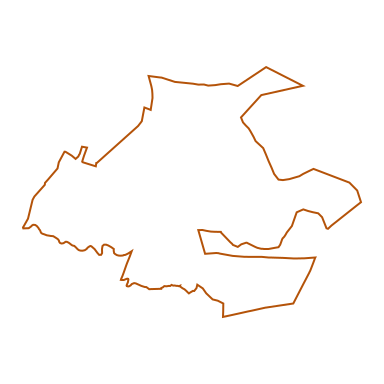 outline of San Dionisio Ocotlán, Oaxaca, Mexico
{"feature_id": "50627088B55356833838726", "entity_name": "San Dionisio Ocotlán", "entity_type": "district", "adm_level": 2, "iso_a3": "MEX", "parent_name": "Mexico", "parent_adm1": "Oaxaca", "projection": "robinson", "projection_center": [-96.667, 16.751], "detail": "fine", "context": "isolated", "style": "outline", "palette": "amber", "viewbox_px": 384, "rotation_deg": 0, "n_neighbors": 0, "source": "geoboundaries", "source_scale": "gbopen_adm2", "svg_char_len": 3754}
<svg xmlns="http://www.w3.org/2000/svg" viewBox="0 0 384 384"><path d="M293.3,303.5L303.3,284.1L305.2,280.5L309.3,272.6L309.4,272.3L310.2,270.8L312.1,265.9L313.4,262.5L315.1,257.9L315.3,257.5L304.5,258.3L294.4,258.5L283.1,257.9L273.0,257.6L270.4,257.5L268.5,257.5L262.1,256.9L260.7,256.9L253.6,256.9L249.9,256.9L246.3,256.8L244.3,256.8L232.7,255.9L219.9,253.6L218.1,253.1L217.4,253.1L216.3,253.0L205.1,253.8L198.3,230.1L202.5,230.0L206.2,230.8L210.3,231.5L211.1,231.6L215.0,231.8L220.8,231.9L220.8,232.3L230.4,242.3L232.1,243.8L232.9,244.9L237.8,246.9L241.3,244.3L246.2,242.7L247.0,242.8L247.5,243.1L255.0,246.8L256.1,247.3L257.5,247.9L258.6,248.1L260.0,248.5L261.5,248.8L262.9,248.8L263.9,249.0L268.5,249.0L275.0,247.8L278.5,247.2L280.2,244.7L281.3,241.7L281.4,241.4L282.1,239.4L282.6,238.4L283.6,237.4L284.4,236.5L285.7,234.5L286.8,232.5L291.9,226.0L296.7,212.3L303.3,209.4L308.1,211.0L312.8,212.2L318.2,213.3L322.1,217.2L326.5,228.3L328.0,228.8L331.4,225.6L356.5,205.7L361.0,202.2L357.2,190.5L349.4,182.6L313.5,168.9L308.7,171.2L303.2,173.9L299.4,176.2L294.2,177.7L289.4,179.1L282.9,180.1L278.5,179.6L274.1,173.9L271.6,167.8L268.6,161.1L265.9,154.4L263.2,148.1L259.4,144.6L255.6,141.1L253.7,137.1L250.7,131.7L248.7,128.4L245.7,125.4L243.0,122.4L241.0,117.4L261.3,95.1L302.9,85.8L266.1,67.1L254.4,74.9L237.7,86.0L229.1,83.6L220.9,84.2L215.3,85.1L208.2,85.6L203.9,84.5L198.3,84.6L193.0,83.7L174.9,81.9L161.6,77.6L159.5,77.4L148.6,76.0L151.2,85.6L151.6,87.4L152.1,90.0L152.4,93.8L152.5,98.0L151.5,104.7L150.7,109.9L148.7,109.1L144.4,107.5L141.8,121.2L138.1,126.0L96.8,163.0L96.3,163.0L95.8,166.3L93.8,165.7L82.9,162.3L82.2,161.7L82.6,160.2L84.1,155.5L87.0,147.6L82.0,146.7L79.7,154.0L79.1,154.7L78.8,155.5L78.2,156.6L75.6,158.9L71.8,155.7L67.5,153.0L65.5,151.8L64.5,151.7L60.9,158.4L58.8,162.3L57.5,168.5L47.9,179.7L45.0,182.9L44.8,184.8L34.4,196.5L32.6,199.8L28.1,218.3L28.0,218.7L23.7,226.3L23.0,227.4L23.3,228.4L25.8,228.3L28.7,228.2L30.8,226.7L32.1,225.4L33.2,224.8L34.7,224.9L35.3,225.0L36.9,226.1L37.6,227.0L37.8,227.2L38.4,227.9L39.1,229.2L40.0,230.2L41.0,232.7L42.3,233.7L44.2,234.3L46.8,235.3L49.9,235.8L50.2,235.9L53.3,236.2L54.4,236.9L55.7,237.7L57.2,238.7L58.0,239.3L58.9,240.5L59.2,241.8L60.1,243.0L61.5,243.5L63.1,243.3L64.3,242.7L65.5,241.8L66.8,241.8L68.5,242.6L69.5,243.3L71.9,245.2L73.2,245.7L74.3,245.9L76.0,247.5L77.6,249.2L78.8,250.1L80.4,250.6L82.6,250.7L84.8,250.2L86.7,248.9L87.6,247.7L89.3,246.5L90.3,246.0L91.4,246.3L93.1,247.8L94.6,249.1L97.4,252.9L99.2,254.9L101.1,254.8L102.1,253.1L102.0,249.1L102.5,246.0L104.0,244.7L106.2,244.7L108.3,245.5L111.3,247.2L113.8,249.0L113.7,250.9L114.0,252.3L114.1,253.1L115.2,254.1L116.9,255.1L118.8,255.6L120.7,255.7L122.9,255.5L124.0,255.0L124.7,255.0L125.5,254.8L126.5,254.3L128.3,253.4L131.7,251.2L129.8,256.4L127.4,262.3L127.0,263.3L126.4,264.9L123.6,272.9L122.4,276.1L121.0,279.3L121.1,279.7L121.0,279.9L121.6,280.0L123.8,280.0L126.7,278.8L127.6,278.7L128.2,278.9L128.4,279.5L128.1,281.1L127.9,282.3L127.0,284.3L126.6,285.5L126.8,286.1L127.9,286.4L128.8,286.4L130.6,285.4L131.7,284.1L134.1,283.1L135.8,283.4L139.8,285.2L141.3,285.9L144.8,287.0L146.4,287.1L149.2,289.2L150.9,289.1L161.2,288.8L161.2,288.1L162.9,287.3L164.3,286.1L166.5,286.3L168.9,285.9L170.1,286.0L171.6,284.9L172.6,285.4L173.5,285.6L174.7,285.5L175.6,285.7L176.6,285.9L177.8,285.9L178.9,286.2L180.1,285.7L179.9,286.4L180.8,287.0L182.6,288.3L184.5,289.3L186.2,290.8L187.9,292.5L188.9,293.4L190.2,292.5L192.9,290.9L194.2,291.0L196.5,288.1L197.3,284.7L202.8,288.4L206.2,293.3L212.6,299.4L217.8,300.7L223.3,303.5L223.2,311.4L223.0,316.9L227.8,315.9L228.8,315.7L233.8,314.6L235.6,314.2L237.9,313.7L245.5,312.0L248.2,311.4L251.7,310.7L265.6,307.6L265.9,307.6L293.3,303.5Z" fill="none" stroke="#b45309" stroke-width="2"/></svg>